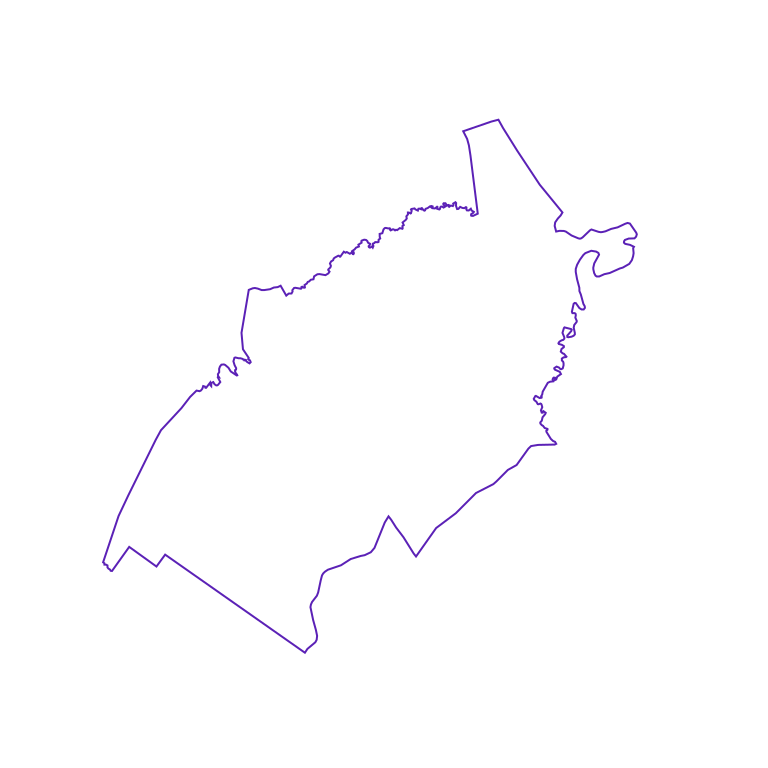 Fairfield, New South Wales, Australia (orthographic projection), rotated 296°
{"feature_id": "25037944B49484594449228", "entity_name": "Fairfield", "entity_type": "district", "adm_level": 2, "iso_a3": "AUS", "parent_name": "Australia", "parent_adm1": "New South Wales", "projection": "orthographic", "projection_center": [150.93, -33.867], "detail": "fine", "context": "isolated", "style": "outline", "palette": "violet", "viewbox_px": 768, "rotation_deg": 296, "n_neighbors": 0, "source": "geoboundaries", "source_scale": "gbopen_adm2", "svg_char_len": 6158}
<svg xmlns="http://www.w3.org/2000/svg" viewBox="0 0 768 768"><g transform="rotate(296 384 384)"><path d="M100.6,209.7L100.3,211.3L99.1,211.9L99.8,213.5L99.7,215.0L97.9,215.9L97.3,217.2L97.1,219.1L96.3,220.2L96.7,221.5L125.9,226.4L120.2,259.5L134.7,262.1L107.8,430.7L112.4,431.3L121.8,435.5L124.6,435.6L128.3,434.3L133.1,430.6L140.9,423.7L151.2,415.7L153.8,415.0L156.6,414.9L164.3,416.5L167.8,416.2L179.8,413.2L184.8,412.2L187.1,412.4L189.4,413.2L192.5,415.0L202.2,424.8L212.1,430.8L219.2,438.4L221.7,441.7L227.0,445.9L232.5,447.3L259.9,445.4L267.0,446.1L265.1,450.0L260.3,457.8L254.8,468.7L244.7,484.9L243.0,488.4L277.4,494.0L299.3,505.2L326.4,514.5L342.0,526.2L345.6,527.7L361.1,533.0L369.3,538.7L389.2,542.1L392.7,543.4L396.8,549.2L404.4,564.0L405.7,565.0L407.0,563.1L406.9,560.9L407.8,558.0L412.2,551.0L413.0,550.4L414.6,551.0L415.3,550.6L414.9,547.7L416.1,545.3L416.2,543.8L417.0,541.9L418.0,541.3L420.2,541.9L423.6,541.1L427.7,542.1L429.0,542.0L429.5,539.1L429.1,538.9L427.8,539.2L427.4,538.3L429.1,536.6L432.6,536.4L434.6,534.6L435.0,534.0L435.0,533.1L433.6,531.9L433.3,531.0L434.9,528.7L435.4,526.2L436.3,525.1L439.5,525.3L439.9,525.7L439.6,530.0L440.7,531.6L441.5,531.5L441.9,530.6L443.9,530.8L446.7,530.0L456.9,530.7L458.9,532.3L460.6,535.0L461.1,534.8L461.9,533.6L463.2,533.4L464.2,533.8L464.6,535.1L462.3,535.8L463.6,536.8L466.6,536.5L470.5,538.7L472.0,536.6L471.8,531.4L472.4,530.3L473.0,530.1L475.3,531.5L475.5,534.0L474.7,536.1L475.1,536.9L476.4,537.8L479.5,537.2L481.5,536.2L482.6,535.2L483.1,533.6L484.8,532.7L486.6,533.7L488.0,535.8L488.5,536.0L490.0,532.6L489.9,531.0L490.6,528.7L493.3,528.2L495.9,529.5L496.9,529.1L497.2,526.7L496.6,523.6L497.1,522.9L498.9,523.1L501.0,524.4L502.3,525.8L503.8,526.2L505.0,525.6L508.2,522.0L513.1,521.2L514.0,521.4L515.4,528.1L515.1,528.9L513.7,529.1L507.8,527.5L506.6,528.2L506.9,529.3L508.8,531.9L510.5,533.3L512.2,533.8L513.6,533.1L517.8,529.8L520.5,529.1L524.0,529.9L525.1,529.7L527.5,526.9L530.0,526.2L531.1,525.4L531.3,524.4L530.3,522.3L531.3,521.2L539.2,519.3L540.4,519.8L540.8,521.0L537.9,526.3L537.6,528.9L538.5,530.8L540.5,531.2L541.9,530.3L543.4,528.1L550.7,521.7L553.2,518.9L556.1,517.4L562.8,511.6L568.8,507.2L571.5,505.9L575.8,505.3L581.6,505.6L587.3,506.6L589.9,507.6L594.6,511.9L596.0,516.6L595.8,519.2L594.5,520.6L584.6,520.1L580.3,521.1L578.8,521.9L575.8,524.3L574.1,526.6L573.9,528.0L575.0,530.3L579.3,533.9L582.7,538.2L591.2,545.3L593.3,547.6L599.5,551.8L604.0,552.5L608.0,551.9L611.0,551.0L615.3,548.4L616.9,548.5L616.9,544.1L615.7,539.4L616.2,537.7L617.5,537.2L619.1,537.4L622.0,540.2L624.7,545.3L627.0,546.0L629.4,545.6L630.6,544.3L636.0,534.7L635.5,532.3L633.7,530.5L627.2,525.3L623.0,520.2L618.3,516.1L616.6,514.0L615.5,512.4L614.8,510.1L613.8,502.7L612.5,501.8L603.0,498.3L601.4,497.4L600.5,496.4L600.1,494.8L599.7,487.5L600.7,480.6L600.4,478.6L598.6,474.6L596.5,471.9L600.9,468.1L604.3,467.0L608.9,467.7L612.9,468.9L616.4,469.2L631.4,436.6L652.0,401.6L666.3,378.7L671.7,371.0L666.9,365.4L645.9,344.4L640.7,351.3L635.7,355.7L627.2,361.6L578.2,393.6L574.1,390.3L573.5,388.7L573.9,388.2L574.9,387.9L577.2,389.3L578.1,389.3L578.3,386.8L579.6,385.2L577.1,384.1L576.4,382.4L577.0,381.5L578.8,380.7L578.9,380.1L577.2,379.0L576.6,377.2L576.6,374.8L574.0,374.1L573.3,373.0L575.7,370.6L578.3,369.5L578.7,368.5L576.5,367.1L575.5,368.0L574.1,367.9L573.7,365.9L571.8,364.9L571.9,364.4L572.9,364.3L573.3,363.8L573.1,363.2L572.0,362.3L573.4,360.0L572.6,358.4L571.9,358.3L571.3,358.8L570.4,361.3L568.7,360.2L568.9,358.5L568.5,357.5L567.7,357.2L565.6,357.5L565.1,357.2L564.8,355.0L566.5,354.5L566.6,354.0L564.1,352.8L563.2,350.3L563.4,349.4L564.2,350.1L564.9,349.9L564.8,348.7L563.9,347.5L561.2,346.1L559.7,344.6L558.1,344.8L557.6,344.5L557.5,343.6L558.7,340.9L558.3,340.5L557.4,340.9L557.1,338.8L556.6,338.1L554.7,338.4L554.7,335.6L555.2,334.5L553.3,331.9L552.6,331.8L551.9,332.9L549.3,333.4L548.9,333.1L549.0,331.2L548.6,330.3L546.9,331.2L544.5,330.6L542.7,331.9L541.0,331.6L537.3,329.9L535.5,332.1L534.0,331.3L532.2,332.5L531.6,332.5L531.0,329.8L528.1,328.4L527.9,327.2L526.9,326.6L527.2,325.0L527.0,324.2L525.0,322.7L525.3,321.8L526.3,321.5L526.5,320.9L525.7,319.7L525.1,317.2L524.4,316.3L522.7,315.8L518.8,316.4L517.0,314.3L514.3,315.7L513.1,316.8L511.4,315.9L509.3,316.8L508.7,316.3L507.7,313.9L506.4,313.5L505.3,312.5L504.5,312.6L503.4,314.0L501.7,314.1L502.4,312.9L500.7,311.9L500.3,311.1L500.5,310.3L501.1,309.8L502.9,310.3L503.9,310.0L504.0,307.7L505.2,306.3L505.6,304.7L505.0,302.9L503.1,301.1L502.5,301.0L501.2,301.9L498.0,299.9L496.6,301.2L494.3,299.1L492.2,298.6L489.2,297.0L488.7,297.4L489.1,299.0L488.3,299.6L487.3,299.6L487.1,299.0L488.1,297.5L486.1,296.2L486.3,292.7L485.1,291.8L485.3,289.9L479.3,288.9L479.1,288.5L479.5,287.2L479.3,286.7L476.2,284.5L474.8,283.8L473.0,284.0L470.9,282.7L468.6,282.6L466.9,284.5L465.3,284.7L462.5,283.7L461.9,284.0L461.1,285.8L459.0,285.5L456.2,283.7L454.5,277.8L453.4,276.0L450.1,274.0L447.2,274.7L445.6,272.5L443.4,271.8L442.3,270.7L440.5,270.6L438.1,269.2L436.1,270.6L435.8,270.5L435.4,269.7L435.6,267.8L434.9,267.3L433.9,267.9L433.2,267.6L431.6,262.1L430.9,261.1L428.1,260.5L427.0,261.3L424.8,261.2L423.5,258.7L420.6,257.4L427.0,248.0L424.5,246.0L422.4,242.7L419.3,240.1L416.0,235.3L414.8,232.9L414.4,228.7L413.7,225.9L412.5,224.1L409.3,221.2L367.5,233.5L353.4,242.0L348.2,250.9L347.0,251.0L347.1,251.5L346.5,252.0L346.5,253.2L345.2,254.6L343.6,254.1L343.8,251.4L344.4,249.6L345.0,249.4L344.9,248.6L344.4,248.7L344.0,248.1L344.4,247.6L344.2,246.9L344.6,246.1L344.2,243.7L343.4,242.0L342.7,238.8L342.0,238.1L338.4,238.7L335.4,241.5L333.4,244.2L332.1,244.7L331.3,244.1L330.3,244.4L328.8,246.0L328.0,247.8L327.5,248.3L327.1,247.9L328.1,240.8L330.4,237.1L331.5,232.9L331.4,231.5L330.1,229.4L327.8,228.9L325.3,229.2L322.4,230.7L320.0,230.4L318.6,231.3L317.8,232.6L317.6,231.6L317.2,231.6L314.0,236.0L310.5,235.2L309.7,234.7L309.2,233.8L309.5,231.8L310.9,229.7L309.3,228.3L306.4,229.6L306.8,228.6L309.0,227.1L302.6,225.8L302.3,225.2L303.2,224.2L302.9,222.4L300.1,222.8L297.9,222.3L296.7,221.4L295.9,218.4L287.4,215.4L273.5,212.5L244.7,203.8L233.9,203.3L171.8,203.0L149.0,203.3L100.6,209.7Z" fill="none" stroke="#5b21b6" stroke-width="2"/></g></svg>